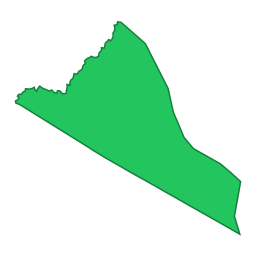 outline of Barro Alto, Bahia, Brazil
{"feature_id": "56859067B11777623458278", "entity_name": "Barro Alto", "entity_type": "district", "adm_level": 2, "iso_a3": "BRA", "parent_name": "Brazil", "parent_adm1": "Bahia", "projection": "robinson", "projection_center": [-41.879, -11.85], "detail": "fine", "context": "isolated", "style": "filled", "palette": "green", "viewbox_px": 256, "rotation_deg": 0, "n_neighbors": 0, "source": "geoboundaries", "source_scale": "gbopen_adm2", "svg_char_len": 1290}
<svg xmlns="http://www.w3.org/2000/svg" viewBox="0 0 256 256"><path d="M15.9,103.1L19.6,104.5L88.8,147.5L92.1,149.7L95.0,151.5L106.7,158.6L134.5,174.5L153.5,185.1L160.3,189.0L166.5,192.6L170.7,194.9L192.4,207.3L221.1,223.5L231.4,229.4L239.8,234.2L239.1,231.6L237.2,225.6L235.3,219.1L234.4,216.3L238.3,194.7L239.1,190.3L240.6,181.6L232.5,174.2L230.8,172.5L229.1,171.2L226.5,169.0L220.3,163.8L193.4,148.6L190.3,144.9L184.0,137.4L180.8,129.8L177.4,121.6L175.5,117.3L174.5,114.9L173.3,112.1L168.1,88.5L149.8,52.5L147.2,47.2L145.2,43.5L121.2,22.4L117.7,21.8L116.9,24.8L114.2,25.2L114.9,28.3L114.4,31.0L113.0,33.0L113.2,36.4L112.1,38.8L110.7,40.9L108.8,39.5L107.1,41.5L105.3,43.1L104.8,45.7L104.1,48.2L101.4,47.7L101.5,50.2L99.1,52.9L98.6,56.0L96.7,57.3L94.1,57.5L91.3,56.3L89.3,57.7L87.3,58.4L84.6,60.9L85.4,63.6L83.2,65.4L81.9,69.5L78.7,71.4L77.2,74.2L74.2,73.6L73.5,76.1L73.1,78.2L70.6,80.4L69.8,83.1L70.2,85.2L67.0,84.5L67.2,86.9L66.5,90.2L66.1,93.5L62.7,93.8L59.7,90.8L57.5,90.7L56.7,93.3L53.9,92.4L51.8,90.0L49.1,91.0L46.0,89.5L43.9,88.8L42.0,87.8L39.8,86.1L37.7,88.6L36.6,91.3L34.8,89.5L34.3,87.3L31.6,88.6L29.7,89.2L27.6,88.8L25.5,88.8L25.2,91.0L22.8,92.2L21.8,94.1L18.8,94.4L17.4,96.2L18.9,97.9L17.9,99.7L15.4,101.0L15.9,103.1Z" fill="#22c55e" stroke="#15803d" stroke-width="1.5"/></svg>